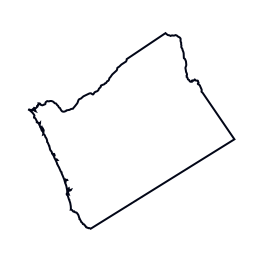 map outline of Oregon (orthographic projection), rotated 329°
{"feature_id": "USA-3525", "entity_name": "Oregon", "entity_type": "State", "adm_level": 1, "iso_a3": "USA", "parent_name": "United States of America", "parent_adm1": "", "projection": "orthographic", "projection_center": [-121.855, 44.128], "detail": "fine", "context": "isolated", "style": "outline", "palette": "ink", "viewbox_px": 256, "rotation_deg": 329, "n_neighbors": 0, "source": "natural_earth", "source_scale": "10m", "svg_char_len": 5429}
<svg xmlns="http://www.w3.org/2000/svg" viewBox="0 0 256 256"><g transform="rotate(329 128 128)"><path d="M38.7,165.5L39.9,162.4L40.5,159.5L40.7,159.4L40.6,158.8L41.5,155.0L41.3,153.9L41.2,153.5L41.8,152.6L42.2,152.5L42.6,152.2L42.9,152.4L42.9,152.7L42.9,153.5L43.1,153.9L43.3,153.0L43.3,152.7L43.4,152.2L43.6,151.9L43.9,151.7L44.1,151.0L44.7,150.2L45.2,150.0L45.4,150.0L45.5,150.3L45.5,151.3L45.6,151.6L46.4,151.8L47.0,151.8L47.3,151.6L46.6,151.5L46.2,151.1L46.0,150.2L45.7,149.8L45.8,149.5L46.0,149.2L45.7,149.2L45.2,149.3L45.0,149.6L44.1,150.1L44.0,150.7L43.0,151.9L42.8,151.8L43.7,150.2L45.2,146.1L45.5,144.9L45.9,142.7L46.1,142.5L46.7,142.2L47.2,141.4L47.3,141.0L47.5,140.7L47.6,140.3L47.9,140.5L48.1,141.0L49.1,141.3L49.1,141.1L48.8,141.0L48.4,140.8L47.8,139.8L47.4,139.9L47.1,140.2L47.1,140.8L46.8,141.4L46.4,141.8L46.1,141.9L46.8,139.4L47.4,135.6L47.8,132.5L47.9,132.2L48.2,132.0L48.3,131.7L48.0,130.9L48.0,130.5L48.6,125.9L48.6,124.0L48.8,122.9L48.7,122.2L49.0,121.6L49.4,118.9L49.9,118.4L50.1,118.3L50.5,118.8L50.9,119.0L50.7,118.1L50.2,117.8L49.4,118.4L49.5,117.3L49.5,116.2L50.1,112.7L50.5,112.3L50.8,112.4L51.2,113.0L51.3,112.7L51.3,112.2L51.1,112.1L50.9,112.3L50.4,111.9L50.0,112.4L49.9,112.3L50.2,111.3L50.2,111.0L50.1,110.7L49.8,110.6L50.0,110.1L50.3,109.0L50.3,108.3L50.1,107.8L50.0,107.3L50.2,106.5L50.2,105.9L50.5,105.4L50.6,104.8L50.9,104.2L51.0,103.3L51.3,103.0L51.3,102.6L51.2,102.4L51.4,101.4L51.7,99.0L51.5,98.6L51.5,98.3L51.8,97.7L52.2,97.1L52.6,95.5L52.7,93.9L52.5,93.5L52.8,92.2L52.9,90.9L52.7,89.9L52.4,89.7L52.1,89.7L52.5,89.3L52.7,88.9L52.9,88.0L53.1,87.3L53.0,88.4L53.4,88.1L53.7,87.6L54.0,87.2L53.2,86.7L52.8,86.1L52.9,84.7L53.2,84.1L53.3,83.0L53.4,82.8L53.5,83.8L53.6,84.6L54.0,84.8L54.1,85.1L54.6,85.4L54.6,85.2L54.8,84.6L54.7,84.0L54.5,83.8L54.5,83.4L54.6,82.7L53.9,82.9L53.2,82.2L53.6,80.7L53.6,79.9L54.1,79.5L54.1,78.8L54.2,78.6L54.4,78.6L54.9,78.8L55.0,78.7L55.2,78.4L54.9,78.5L54.7,78.4L54.4,78.0L54.2,78.1L54.1,78.4L53.9,78.5L53.9,79.3L53.7,79.5L53.8,78.3L53.7,77.4L53.6,77.1L53.2,76.9L53.1,76.6L53.2,76.3L52.9,76.3L52.8,76.1L53.2,75.7L53.2,75.2L53.4,74.6L53.5,72.8L53.5,72.0L53.3,71.3L52.8,70.7L53.0,70.4L53.4,69.8L54.1,69.4L54.3,68.3L54.1,66.2L53.8,65.0L53.0,62.4L52.4,61.4L52.5,61.3L52.8,61.2L53.1,61.6L53.0,61.8L53.2,62.1L53.5,62.1L53.9,62.3L54.5,62.8L54.6,63.1L54.9,63.1L55.0,63.5L55.7,63.8L56.4,63.7L56.6,63.9L56.8,64.2L56.9,64.8L56.9,65.2L57.2,65.6L57.1,64.3L57.6,64.5L57.6,64.3L57.0,63.6L56.8,63.4L56.2,63.4L55.9,63.1L55.8,62.9L56.0,62.8L56.7,62.9L57.2,62.7L57.9,62.4L58.8,63.5L59.2,63.5L61.3,63.1L61.6,62.9L61.1,62.7L61.4,62.3L62.0,62.4L62.9,61.8L63.0,61.6L63.4,61.6L64.1,61.7L64.4,62.1L65.1,62.8L65.3,63.4L66.2,64.4L67.5,64.7L68.1,64.6L68.6,64.9L69.1,64.9L69.6,64.8L70.2,63.9L70.8,63.5L72.3,63.3L72.7,63.4L73.0,63.7L74.0,64.5L74.7,64.6L75.4,64.9L76.1,65.3L76.6,65.8L77.0,66.3L77.4,66.9L77.7,67.7L77.9,68.9L78.9,69.9L79.0,70.5L79.1,71.9L79.5,73.0L79.4,74.2L79.4,74.9L79.9,75.8L80.0,76.1L79.8,77.4L79.9,78.7L80.0,79.4L80.2,79.9L80.6,80.4L81.1,80.8L81.7,81.1L83.4,81.5L84.3,81.2L84.6,81.3L85.3,81.6L86.5,82.0L87.1,82.3L89.0,82.4L90.8,83.1L91.2,82.9L91.6,82.7L93.2,82.2L97.2,80.7L98.1,80.1L99.6,78.8L100.5,78.3L101.2,78.2L102.8,78.5L106.1,77.9L112.7,78.5L113.7,78.9L114.2,79.3L114.9,80.9L115.3,81.2L115.7,81.2L117.8,80.2L118.7,80.3L119.4,80.3L119.9,80.5L120.9,80.6L122.2,80.2L123.4,79.3L124.9,79.0L126.0,78.6L126.1,78.3L126.2,78.1L126.8,77.7L127.0,77.7L130.4,78.3L130.6,78.2L131.3,77.9L132.5,78.1L134.3,77.2L135.3,77.4L135.6,77.3L136.3,77.0L136.8,76.6L137.5,75.9L137.9,75.6L138.9,75.4L142.1,74.0L148.0,72.8L149.0,72.0L149.6,71.2L149.9,71.0L150.5,70.9L152.0,70.9L155.0,70.2L160.5,70.0L161.5,69.4L162.4,68.3L209.0,66.0L209.3,67.1L210.0,68.8L211.4,70.1L211.9,71.0L213.5,71.3L214.2,72.0L215.6,72.7L216.5,72.8L217.1,73.4L217.5,74.0L217.9,75.3L218.8,76.8L219.0,77.4L219.1,78.1L219.0,78.7L218.7,79.2L218.0,80.2L217.6,81.3L217.5,82.3L216.6,83.7L216.3,84.8L215.6,85.7L215.3,86.3L215.3,87.0L215.3,88.3L214.9,89.4L214.6,91.4L214.2,92.6L211.9,96.8L211.9,97.1L212.0,97.4L212.3,97.9L212.3,98.6L212.1,100.1L212.0,100.7L211.5,101.8L210.5,103.9L209.8,104.7L208.5,105.7L208.1,106.2L207.9,106.7L207.3,108.3L206.8,109.5L206.6,110.2L206.5,111.4L206.3,112.0L206.1,112.6L205.8,113.0L205.3,113.2L205.1,113.4L205.1,113.8L204.6,114.4L204.9,115.2L204.6,116.4L204.5,117.2L204.6,117.5L205.0,118.2L205.1,118.6L205.0,119.6L205.2,120.2L205.5,120.6L206.5,121.2L207.0,120.4L207.3,120.3L207.6,120.3L208.2,121.1L208.6,121.2L209.9,120.8L210.2,120.8L210.3,121.1L210.4,121.8L210.6,122.2L210.7,122.4L211.6,122.9L212.1,123.3L212.2,123.6L211.9,124.2L211.9,125.0L211.9,125.3L211.7,125.7L211.5,125.8L210.8,125.9L210.6,126.2L210.7,126.7L211.3,127.7L211.5,128.4L211.5,128.7L211.3,129.6L211.2,130.9L211.0,131.9L211.0,132.7L210.7,133.4L210.5,133.8L210.0,134.3L209.7,134.8L209.9,135.5L210.1,136.2L213.4,192.5L44.3,195.1L44.3,194.9L43.8,194.5L43.0,193.6L42.5,193.5L41.6,192.1L41.2,191.9L41.0,191.4L41.2,190.8L40.9,190.2L41.0,189.4L40.7,188.7L40.7,188.0L40.3,187.4L39.9,187.1L40.0,185.6L39.5,184.5L39.6,183.9L39.7,183.5L39.7,182.4L39.8,181.6L39.5,181.0L39.9,180.6L40.0,179.4L40.3,178.5L40.6,177.0L40.6,176.4L40.5,176.1L40.6,175.5L40.3,174.0L40.0,173.7L39.4,173.2L39.1,172.7L39.0,171.8L38.5,171.6L38.2,171.6L38.0,171.2L37.7,169.4L37.5,169.0L37.3,168.7L36.9,168.5L37.3,168.1L38.7,165.5ZM64.2,60.9L64.4,61.0L65.0,61.6L65.2,62.1L65.1,62.3L64.5,61.9L64.3,61.5L64.2,61.1L64.2,60.9Z" fill="none" stroke="#020617" stroke-width="2"/></g></svg>